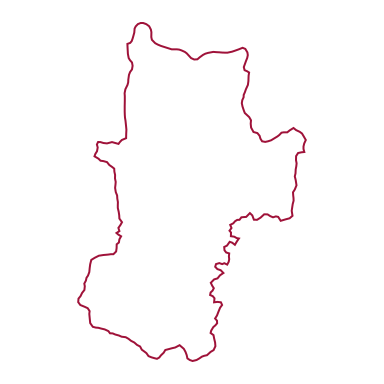 Anhembi, São Paulo, Brazil (Mercator projection)
{"feature_id": "56859067B93211874574950", "entity_name": "Anhembi", "entity_type": "district", "adm_level": 2, "iso_a3": "BRA", "parent_name": "Brazil", "parent_adm1": "São Paulo", "projection": "mercator", "projection_center": [-48.17, -22.796], "detail": "fine", "context": "isolated", "style": "outline", "palette": "rose", "viewbox_px": 384, "rotation_deg": 0, "n_neighbors": 0, "source": "geoboundaries", "source_scale": "gbopen_adm2", "svg_char_len": 4039}
<svg xmlns="http://www.w3.org/2000/svg" viewBox="0 0 384 384"><path d="M249.1,72.5L247.0,71.2L244.6,70.2L243.8,67.1L246.1,60.7L247.2,58.0L247.8,55.1L247.4,52.4L245.3,48.9L242.6,47.8L238.6,49.4L234.4,50.9L232.0,51.7L227.3,52.7L222.8,52.6L219.2,52.3L217.0,52.2L213.3,51.9L208.0,52.9L205.3,53.7L203.0,54.9L199.7,57.3L197.4,59.3L194.2,59.5L191.1,58.1L186.7,53.3L184.8,51.9L181.5,50.4L179.2,49.6L176.6,49.3L171.6,49.3L163.4,46.7L160.9,45.9L157.8,44.6L155.2,43.2L151.9,39.8L151.3,37.1L151.4,32.2L150.9,29.6L149.2,26.3L146.4,24.2L143.1,23.0L140.6,23.0L137.9,24.1L135.7,26.4L134.6,28.6L134.3,32.5L133.3,36.2L132.6,38.6L131.7,41.1L130.2,42.9L127.4,43.9L127.6,48.4L127.9,53.9L128.7,58.1L130.0,60.2L132.0,62.5L132.6,65.8L132.0,69.4L130.1,72.0L129.0,74.8L128.3,79.7L128.2,82.3L127.5,84.9L125.4,89.2L124.6,93.2L124.8,96.1L124.8,101.0L124.7,106.1L124.7,111.6L124.8,114.9L125.0,117.7L125.5,120.7L126.0,125.5L126.4,129.7L126.2,133.8L126.1,138.2L121.8,140.0L119.8,142.1L118.5,143.9L112.0,142.1L107.0,143.4L103.4,143.0L100.5,142.1L98.1,142.0L96.9,144.5L97.7,147.5L97.0,151.3L95.4,153.8L94.5,156.3L98.5,158.7L100.5,160.7L103.4,161.1L107.0,162.1L109.3,165.0L111.9,166.8L114.2,168.6L114.4,171.7L115.1,175.0L115.0,178.4L115.7,181.9L115.5,184.4L115.1,187.9L115.8,192.2L117.1,195.4L117.3,198.6L117.9,202.1L117.8,205.2L117.8,208.0L118.7,211.8L119.2,215.2L119.4,218.6L122.0,222.2L120.5,224.9L118.4,227.9L119.4,231.1L116.5,233.0L118.2,234.5L121.1,236.3L119.4,239.3L118.9,242.5L116.7,244.3L116.6,248.1L116.1,251.5L113.4,254.2L110.9,254.2L108.0,254.6L103.5,255.0L98.9,255.7L94.9,257.7L91.3,259.9L90.2,264.2L89.7,268.0L89.3,272.1L88.0,275.6L86.5,277.8L85.9,280.6L84.3,283.6L84.8,286.2L84.4,290.0L82.1,292.9L80.5,296.2L78.5,298.6L78.2,302.1L80.3,305.0L84.7,306.8L87.7,308.2L89.6,311.1L89.3,313.9L89.8,319.1L90.2,323.1L92.8,326.8L95.8,327.6L98.4,327.8L101.3,328.6L104.7,329.4L108.4,331.1L110.0,333.3L112.7,333.4L115.2,334.5L118.9,335.5L121.6,336.7L125.7,337.2L128.5,338.8L131.0,340.8L134.3,342.5L137.0,344.9L140.1,346.5L141.8,349.7L143.9,351.2L146.4,353.1L148.5,356.1L151.4,357.3L154.5,358.2L157.0,358.8L159.3,357.5L160.9,355.4L163.7,352.7L165.3,350.0L168.4,349.2L172.1,348.2L175.2,347.5L179.6,345.2L183.8,348.8L185.5,351.9L186.7,355.1L187.4,358.4L189.8,360.0L192.5,361.0L196.6,360.0L199.2,358.5L202.0,356.6L204.2,355.8L207.0,355.2L210.6,351.9L213.6,350.1L215.4,346.2L215.1,342.5L214.1,338.3L213.5,335.1L210.6,333.0L211.2,330.6L213.3,327.1L215.4,325.3L217.1,323.3L217.0,320.7L215.1,318.5L217.0,315.5L218.3,312.1L220.1,307.7L222.1,305.0L220.9,302.3L217.4,301.9L214.1,302.3L214.5,298.3L212.8,296.2L210.1,295.0L210.6,292.5L212.6,290.6L213.8,288.2L212.2,285.7L210.8,282.8L214.1,279.4L217.5,278.4L220.0,275.3L223.4,273.0L220.7,270.2L217.4,269.1L215.2,266.8L216.0,264.1L219.3,263.1L222.2,264.1L224.3,263.2L227.2,264.6L228.7,261.8L229.2,259.2L228.9,256.5L229.2,253.4L226.2,252.5L224.5,250.3L224.2,247.0L227.0,245.6L229.7,241.8L232.2,242.7L234.9,244.8L236.9,241.4L238.9,238.5L236.7,238.1L234.3,236.7L230.9,236.2L231.0,232.5L229.5,230.7L231.5,228.0L230.2,224.9L233.3,223.3L235.1,221.2L237.2,219.9L239.5,219.8L241.4,217.3L246.2,216.9L249.9,213.1L252.3,215.4L253.9,219.7L257.1,219.8L260.6,217.6L264.2,214.3L267.6,214.4L270.2,216.1L273.0,217.3L275.9,216.4L278.2,216.9L280.7,220.8L285.8,219.3L289.6,218.3L292.5,215.8L291.7,210.8L292.7,204.1L293.6,200.7L293.5,198.0L293.2,195.4L293.0,192.3L294.8,189.5L296.5,185.3L295.7,180.1L294.8,176.4L295.5,173.4L295.7,169.4L296.3,166.2L296.6,163.3L296.0,160.2L296.1,156.1L298.1,153.0L301.5,152.3L304.3,152.0L303.5,149.0L303.5,146.5L304.2,143.5L305.8,140.0L303.8,136.5L302.0,133.5L299.7,131.8L296.1,130.1L293.5,128.0L289.8,130.3L287.3,132.3L283.8,132.3L281.5,132.7L279.3,135.0L277.5,136.4L274.7,138.1L271.1,140.3L268.0,141.3L265.2,141.9L262.1,141.3L260.4,138.6L259.6,135.8L257.4,133.1L253.5,132.0L251.1,127.6L250.7,123.7L251.0,120.3L249.2,117.1L244.8,113.0L243.9,110.7L242.5,106.5L241.8,103.2L242.3,100.1L243.6,97.3L243.7,94.9L244.9,92.2L245.9,89.3L247.9,84.9L248.4,81.1L248.6,75.7L249.1,72.5Z" fill="none" stroke="#9f1239" stroke-width="2"/></svg>